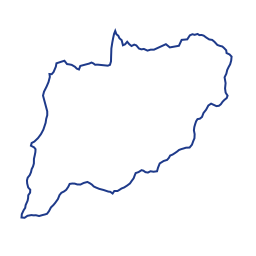 Guaíba, Rio Grande do Sul, Brazil, rotated 187°
{"feature_id": "56859067B97108440127391", "entity_name": "Guaíba", "entity_type": "district", "adm_level": 2, "iso_a3": "BRA", "parent_name": "Brazil", "parent_adm1": "Rio Grande do Sul", "projection": "equal_earth", "projection_center": [-51.43, -30.165], "detail": "fine", "context": "isolated", "style": "outline", "palette": "blue", "viewbox_px": 256, "rotation_deg": 187, "n_neighbors": 0, "source": "geoboundaries", "source_scale": "gbopen_adm2", "svg_char_len": 2557}
<svg xmlns="http://www.w3.org/2000/svg" viewBox="0 0 256 256"><g transform="rotate(187 128 128)"><path d="M206.9,183.5L207.1,180.1L208.7,174.5L210.3,172.1L212.5,172.0L211.8,169.2L212.5,163.9L213.8,159.4L215.8,153.8L216.3,149.8L210.2,134.7L209.7,130.9L210.3,127.1L210.4,123.1L211.1,119.6L211.8,116.1L213.6,111.4L216.1,107.0L219.3,103.1L221.8,101.4L222.2,98.6L218.8,97.3L217.2,95.7L217.0,92.8L217.2,89.8L217.6,85.9L217.1,81.3L217.6,78.2L218.6,75.4L218.9,72.3L219.8,69.2L221.5,66.5L221.9,63.7L221.3,60.6L219.8,56.8L217.5,54.8L217.3,51.9L218.8,49.1L218.6,46.2L218.8,43.6L220.2,39.0L220.3,36.2L221.5,33.8L222.9,29.6L222.8,26.2L219.7,26.3L217.1,28.6L213.3,29.8L211.0,29.8L208.8,30.2L205.5,29.8L202.2,31.2L199.8,32.1L197.9,33.0L196.3,35.8L194.8,39.8L192.7,42.4L191.2,44.7L188.9,48.9L187.8,53.1L186.2,55.6L183.8,57.2L181.8,59.1L180.1,62.4L179.1,65.4L176.5,66.1L174.1,66.3L171.5,65.8L168.3,66.1L165.2,68.1L161.7,69.5L159.1,68.5L156.9,67.4L154.9,65.8L152.5,65.0L149.2,64.1L144.7,63.5L139.8,62.5L137.8,62.5L135.3,61.1L133.9,63.8L130.7,64.2L128.8,65.7L127.0,67.2L124.6,68.5L121.8,70.8L119.3,73.2L117.9,75.9L116.3,78.7L115.7,81.2L114.9,84.2L112.2,85.5L109.4,87.8L107.5,87.5L105.3,86.3L102.8,86.2L100.4,87.8L97.3,87.7L93.9,88.6L93.4,92.1L92.2,96.7L88.6,99.6L85.3,101.1L83.8,103.3L82.8,105.8L80.6,107.0L78.3,108.9L76.3,110.7L74.7,112.4L72.4,113.6L70.5,114.4L68.1,115.5L64.5,116.1L62.5,119.2L61.6,123.1L60.8,125.9L61.1,130.0L62.3,133.7L62.3,137.0L61.8,140.1L61.2,143.0L60.1,145.3L57.8,146.0L55.9,148.0L54.9,152.1L52.7,155.7L51.0,160.1L48.5,162.3L45.7,161.4L42.9,160.5L40.5,161.1L38.8,162.8L37.3,165.6L35.7,167.7L33.7,169.7L33.1,172.2L35.4,175.0L36.5,179.1L36.6,184.4L38.3,190.1L37.0,193.9L36.6,197.7L35.4,201.2L34.4,203.6L33.8,207.5L33.9,211.5L36.2,213.4L39.3,214.4L40.0,217.1L42.3,219.0L44.3,220.4L46.7,220.7L49.4,221.3L52.7,224.1L55.2,225.7L58.2,225.8L61.5,227.4L64.1,228.9L66.3,229.3L68.5,228.9L70.4,229.8L73.2,228.6L75.5,228.9L77.9,227.5L80.0,223.2L85.5,222.0L87.5,215.8L96.3,213.1L100.6,215.8L111.8,208.9L115.1,208.5L118.1,207.2L121.9,208.4L124.3,207.7L126.8,208.2L129.8,211.0L132.0,211.5L134.5,209.8L136.9,211.3L139.3,213.5L141.1,210.7L143.1,209.5L145.0,214.4L147.4,216.0L148.9,218.4L151.0,219.7L152.5,222.8L153.3,219.7L153.7,215.5L154.0,211.0L154.2,204.9L153.8,200.6L153.5,197.1L153.0,192.0L153.6,188.5L155.6,187.4L165.5,187.2L168.4,186.8L170.3,187.9L172.2,188.5L174.4,187.2L182.9,183.8L183.8,180.1L186.1,180.7L188.1,182.3L191.6,183.8L194.3,184.0L196.3,184.0L199.3,187.0L202.2,185.7L204.1,184.8L206.9,183.5Z" fill="none" stroke="#1e3a8a" stroke-width="2"/></g></svg>